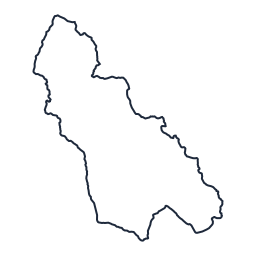 outline of Acomayo, Cusco, Peru
{"feature_id": "86281439B20943617264122", "entity_name": "Acomayo", "entity_type": "district", "adm_level": 2, "iso_a3": "PER", "parent_name": "Peru", "parent_adm1": "Cusco", "projection": "orthographic", "projection_center": [-71.657, -13.926], "detail": "fine", "context": "isolated", "style": "outline", "palette": "slate", "viewbox_px": 256, "rotation_deg": 0, "n_neighbors": 0, "source": "geoboundaries", "source_scale": "gbopen_adm2", "svg_char_len": 5715}
<svg xmlns="http://www.w3.org/2000/svg" viewBox="0 0 256 256"><path d="M185.4,148.5L185.0,147.9L184.1,147.2L183.4,147.2L182.1,147.4L181.4,147.1L180.7,146.4L180.4,145.5L179.4,143.9L178.8,142.6L178.4,140.8L178.8,140.0L178.8,139.4L178.1,138.6L177.3,138.3L176.2,137.1L176.0,136.2L175.7,135.6L174.4,135.7L173.8,136.1L173.5,136.7L173.5,137.6L173.3,138.0L173.1,138.1L170.7,137.5L169.3,135.7L167.1,134.5L166.4,133.8L163.6,132.5L162.8,131.8L161.7,130.2L161.3,128.0L161.3,126.9L161.8,126.2L162.5,126.0L165.4,126.3L165.7,126.1L165.4,125.1L165.2,123.4L163.8,121.7L164.0,120.4L163.6,119.5L163.5,118.4L162.5,117.5L162.2,117.0L161.4,117.1L159.8,118.0L158.0,118.4L156.6,118.0L154.6,116.4L153.2,116.6L152.7,116.4L152.0,116.6L150.6,116.4L149.8,117.2L149.3,117.5L145.3,118.5L142.6,117.0L141.9,117.1L141.3,116.9L140.8,116.3L140.6,115.7L139.8,115.3L139.1,114.5L138.0,114.0L136.0,114.0L135.4,113.4L134.6,112.3L134.2,111.5L131.8,107.6L130.3,103.5L130.2,100.9L129.5,99.5L127.9,97.4L127.5,96.2L127.1,94.3L127.1,90.7L127.4,90.1L128.3,89.3L128.9,89.1L129.2,88.6L128.5,85.5L127.6,83.5L126.9,82.6L125.7,80.1L123.4,77.8L122.9,77.6L122.1,77.7L121.3,77.6L120.2,77.9L118.4,77.5L117.5,77.9L116.7,78.1L115.5,77.8L112.9,76.8L111.9,76.7L107.4,78.3L104.8,78.9L104.0,78.7L103.0,78.0L101.6,78.1L100.0,77.8L99.4,77.4L98.9,76.9L97.0,75.9L95.8,76.2L94.0,77.2L93.5,77.2L93.0,76.7L92.1,76.3L91.9,76.1L91.9,75.3L92.9,74.5L93.3,73.6L93.3,72.3L94.0,71.3L93.7,70.5L95.7,67.9L95.7,67.0L96.6,65.4L98.2,65.2L99.8,64.0L97.2,60.5L97.4,58.5L97.2,57.2L97.3,56.4L97.1,55.8L97.0,52.2L96.9,51.8L96.0,50.5L95.6,49.1L95.6,48.7L96.2,47.2L96.2,45.9L94.9,44.3L93.4,41.6L91.7,39.9L91.6,39.7L91.6,37.9L91.1,37.5L88.6,36.5L87.2,35.5L86.1,34.6L85.2,33.4L84.6,33.1L83.5,33.3L82.8,34.4L80.7,35.0L80.2,34.8L78.8,32.9L77.5,31.9L75.6,29.8L75.5,29.0L76.2,26.7L76.2,25.5L74.9,22.9L74.7,22.0L72.3,22.2L67.6,21.1L64.4,18.5L59.7,16.5L57.9,15.4L57.5,15.4L56.5,15.9L54.9,16.1L54.4,16.7L52.8,20.2L52.5,21.8L52.7,23.6L52.5,24.7L50.0,27.2L49.6,28.0L49.2,29.8L47.8,31.3L46.4,32.0L46.2,34.5L46.0,35.0L44.4,38.1L44.0,39.2L43.7,39.6L42.5,40.5L42.2,41.3L42.0,42.4L42.5,43.4L42.6,44.4L42.4,45.3L41.6,46.7L40.2,48.2L39.9,48.9L39.5,51.6L38.8,52.6L38.3,53.9L37.5,54.9L36.1,55.8L35.9,56.3L35.7,56.8L36.1,58.0L36.0,58.7L35.2,61.0L34.6,64.0L34.7,66.2L34.5,67.7L33.7,69.9L33.5,71.8L34.1,72.7L36.0,74.1L37.4,74.0L38.3,74.2L40.4,75.4L42.0,75.7L43.5,76.8L44.1,78.0L44.8,78.9L45.6,79.4L46.4,79.6L46.6,80.0L46.7,81.1L47.1,81.8L47.1,82.3L46.8,82.9L45.7,83.6L45.7,83.8L46.2,84.6L47.3,85.3L47.4,86.3L47.3,88.1L47.6,89.4L48.7,89.8L49.5,91.3L49.5,93.2L49.8,94.3L49.5,94.8L48.5,95.4L48.4,96.7L48.9,97.6L50.4,99.2L50.6,99.6L50.0,100.6L50.0,101.3L49.3,101.7L49.0,101.7L48.4,101.5L47.5,100.6L46.8,100.7L46.2,101.3L46.1,102.2L46.7,103.6L46.5,105.1L45.8,106.7L44.8,109.8L44.9,110.2L45.3,111.0L45.4,112.1L45.7,112.7L46.2,113.2L47.2,113.5L48.0,114.1L48.8,114.0L50.5,113.3L51.3,113.6L53.0,115.0L56.3,115.5L57.1,116.0L57.4,117.2L58.0,117.9L59.7,118.6L60.3,119.7L60.5,121.0L60.3,122.1L59.4,122.8L59.4,123.1L59.6,125.2L60.1,126.4L60.0,127.4L60.3,128.8L60.3,129.9L60.7,130.9L60.6,132.0L60.2,133.2L60.4,133.9L61.1,135.0L61.8,135.5L64.1,136.0L65.2,136.6L65.7,137.5L66.3,138.1L66.8,139.3L67.9,140.1L68.7,140.9L69.8,141.0L70.5,140.8L70.9,140.9L72.6,142.1L73.5,143.2L74.6,143.8L76.0,144.8L76.8,145.2L77.3,145.8L77.8,147.4L78.2,147.9L79.0,148.3L79.4,148.8L80.5,149.8L83.6,152.1L84.1,153.1L85.0,156.4L84.4,159.1L85.4,161.0L85.9,163.1L86.0,163.6L85.4,164.6L85.8,166.1L86.4,167.0L86.4,169.7L87.1,171.5L86.9,172.7L87.1,174.5L86.5,176.3L86.3,178.3L87.0,181.3L87.7,183.3L87.5,184.2L88.2,186.0L88.0,187.9L88.6,190.5L89.0,193.8L89.6,195.5L90.8,196.7L90.9,198.3L91.2,199.5L93.9,202.8L94.2,203.5L97.1,215.1L97.0,219.8L97.4,221.0L98.1,222.1L98.7,222.4L102.0,223.0L103.3,222.8L104.8,223.0L108.3,222.7L111.0,223.7L111.7,224.2L115.0,225.2L116.7,226.7L118.5,226.9L119.4,227.5L121.8,227.9L123.1,229.5L124.5,230.4L127.1,230.6L129.1,231.8L129.9,231.9L131.3,231.7L133.7,232.0L136.4,235.1L138.0,236.2L138.6,237.9L140.2,239.7L141.3,240.4L142.3,240.6L142.9,240.6L143.6,240.2L144.2,239.2L144.9,239.1L146.0,238.5L147.7,238.5L148.1,238.2L148.1,237.8L147.6,236.0L147.6,234.9L148.1,233.9L147.9,230.9L150.3,224.8L150.7,222.5L151.2,220.9L152.0,219.6L153.3,218.3L153.6,217.8L153.4,216.3L153.1,215.6L153.2,214.8L153.6,214.5L156.5,213.4L157.5,213.2L157.9,212.8L158.8,211.3L159.8,210.9L164.4,208.2L164.9,207.7L165.5,206.6L165.5,206.1L166.0,205.8L166.7,205.9L168.2,206.7L169.7,208.1L171.3,209.1L173.7,211.1L174.8,212.3L175.8,213.0L176.7,214.2L177.1,215.3L177.9,215.9L178.8,217.0L180.3,218.3L182.1,219.5L183.5,220.9L186.5,223.5L188.5,224.4L189.5,224.1L189.9,224.2L191.4,225.4L195.0,231.9L195.7,232.6L196.4,232.8L197.3,232.8L202.4,231.5L206.7,229.5L209.1,228.1L212.2,224.6L212.8,223.5L212.9,221.4L211.8,218.9L212.1,218.2L214.2,217.0L214.6,217.0L215.3,217.5L216.8,218.1L219.9,218.1L220.5,218.0L221.6,216.8L221.9,215.7L221.5,215.3L221.5,213.6L221.4,213.3L220.7,213.2L220.1,212.2L220.0,211.5L220.6,209.2L220.4,207.3L220.7,206.5L221.7,205.6L222.4,204.1L222.3,202.3L222.5,201.1L221.1,199.8L220.8,199.1L219.5,198.4L218.7,196.9L218.7,195.7L217.9,193.8L218.3,192.1L218.1,191.5L216.5,191.0L216.3,189.9L215.4,189.4L213.6,187.5L213.0,187.0L211.1,186.2L208.1,185.5L206.2,184.6L205.6,183.8L204.3,183.1L203.9,182.5L201.9,178.8L202.0,177.5L202.2,176.4L201.9,174.7L201.9,173.9L201.7,173.5L200.9,173.1L199.5,172.7L198.8,171.8L198.3,170.6L198.3,170.1L199.5,169.0L199.5,168.6L199.2,167.8L198.2,166.9L198.1,165.5L197.7,164.7L197.9,163.2L197.7,160.8L197.8,159.2L197.7,158.9L197.1,158.2L196.5,158.0L195.2,158.3L193.1,158.2L190.6,157.5L188.0,156.6L187.1,156.5L186.7,156.2L186.1,155.1L185.4,154.6L184.9,152.9L184.8,152.3L185.1,151.4L185.4,148.5Z" fill="none" stroke="#1e293b" stroke-width="2"/></svg>